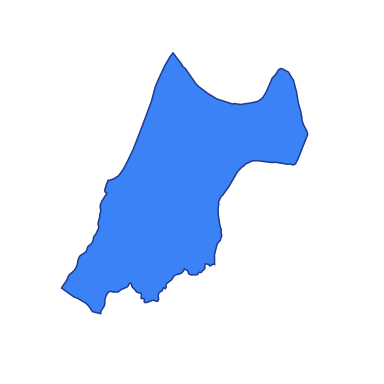 Pochuta, Chimaltenango, Guatemala, rotated 21°
{"feature_id": "79465075B89019096689616", "entity_name": "Pochuta", "entity_type": "district", "adm_level": 2, "iso_a3": "GTM", "parent_name": "Guatemala", "parent_adm1": "Chimaltenango", "projection": "equal_earth", "projection_center": [-91.081, 14.532], "detail": "fine", "context": "isolated", "style": "filled", "palette": "blue", "viewbox_px": 384, "rotation_deg": 21, "n_neighbors": 0, "source": "geoboundaries", "source_scale": "gbopen_adm2", "svg_char_len": 3904}
<svg xmlns="http://www.w3.org/2000/svg" viewBox="0 0 384 384"><g transform="rotate(21 192 192)"><path d="M279.4,96.9L277.6,94.2L272.3,89.5L268.5,85.2L268.5,84.1L264.2,77.2L259.6,71.2L253.7,61.1L246.8,51.5L239.0,45.5L232.7,44.6L230.2,45.1L228.9,47.2L227.9,52.5L226.1,56.7L225.4,72.4L224.3,78.3L223.0,80.8L220.9,83.8L216.0,87.2L205.9,92.9L199.4,94.4L198.5,95.3L181.8,96.2L171.4,94.3L160.5,91.2L156.4,89.3L141.7,79.2L138.0,78.0L136.8,76.6L124.4,68.9L123.0,73.6L121.3,84.0L120.2,100.7L120.0,107.3L121.6,121.4L121.9,149.3L121.8,173.2L120.7,186.8L119.7,195.3L117.7,203.0L114.3,207.6L110.5,210.9L109.5,211.0L109.5,212.0L109.4,214.3L109.3,215.4L109.5,217.2L109.7,219.0L109.7,220.1L109.8,221.4L110.6,222.9L111.3,223.3L112.3,223.7L113.0,223.7L113.0,224.9L112.4,226.2L112.1,227.4L111.9,228.9L111.7,230.3L111.2,232.0L111.1,233.4L111.0,235.3L111.1,236.3L111.2,237.5L111.6,238.7L112.1,239.8L113.0,241.0L113.5,242.1L113.7,243.2L113.8,244.7L114.0,245.9L114.3,247.2L114.8,248.2L115.0,251.0L115.1,251.9L115.2,252.9L115.4,254.2L115.6,255.2L116.1,256.2L117.1,257.4L117.7,258.7L117.7,260.6L117.6,261.8L117.4,263.6L117.4,264.9L117.2,266.3L116.6,267.8L116.4,269.0L116.5,270.4L116.9,271.6L116.9,273.0L116.9,274.8L116.7,276.0L116.1,277.3L115.4,278.4L114.9,279.2L114.5,280.0L114.4,281.3L114.5,282.8L114.5,283.8L114.4,285.3L113.9,286.6L113.1,287.9L112.5,288.7L111.6,289.9L110.9,290.7L110.3,291.9L110.0,293.3L109.9,294.4L110.0,295.9L110.2,297.5L110.5,298.8L110.9,300.7L110.9,302.1L110.9,303.3L110.7,304.8L110.5,306.2L110.0,307.7L109.6,308.5L109.1,309.7L108.4,310.9L107.8,311.9L107.2,312.9L106.8,314.5L106.7,315.4L106.7,316.4L106.7,318.0L106.6,319.5L106.4,320.8L106.2,321.7L105.7,323.4L105.3,325.1L105.0,326.1L104.8,327.2L104.6,328.4L119.8,332.4L122.5,332.1L132.5,333.8L136.0,335.2L142.0,339.4L150.4,338.3L149.9,336.8L149.8,335.5L150.1,333.7L150.5,332.1L150.8,330.8L150.9,329.6L150.7,327.8L150.4,326.9L150.0,325.6L149.6,324.5L149.3,323.4L149.1,321.7L149.0,320.4L149.1,319.2L149.2,318.1L149.5,316.5L149.8,315.7L150.5,314.6L151.7,313.9L153.1,313.7L154.3,313.7L155.1,313.4L156.2,312.8L157.1,312.6L158.3,312.1L159.3,311.2L160.0,310.0L160.8,308.4L161.5,307.7L162.8,306.7L164.0,305.4L164.6,304.9L165.4,304.0L166.1,302.4L166.2,300.6L166.8,299.4L168.1,299.5L168.8,300.0L169.3,300.8L169.7,301.7L170.9,302.5L172.2,303.0L172.9,303.3L174.0,303.8L174.9,304.5L175.9,305.1L176.8,305.2L178.1,305.3L179.4,304.9L180.5,304.8L181.5,305.8L181.8,306.8L182.0,307.7L182.3,309.2L183.2,309.6L184.3,309.2L185.2,308.9L186.0,309.2L186.3,310.2L186.5,311.4L187.3,312.1L188.6,311.8L189.5,311.3L190.7,310.3L191.7,309.4L192.7,308.4L193.4,307.7L194.4,307.1L195.4,306.8L196.4,306.8L197.3,306.8L198.5,306.7L199.3,305.8L199.2,303.8L198.3,302.1L197.7,301.0L197.4,299.9L197.3,298.3L197.8,297.0L198.4,296.3L199.4,295.1L199.5,293.2L199.6,291.7L200.5,291.5L201.7,291.8L202.1,290.1L201.6,289.3L201.0,288.2L201.0,287.3L201.5,285.9L202.2,284.9L202.7,284.0L203.1,283.3L203.8,282.3L204.3,281.4L204.8,279.7L204.9,278.7L205.2,277.2L206.1,275.6L207.1,274.7L208.1,274.0L209.4,273.3L210.6,272.1L211.4,271.2L211.8,270.4L212.3,268.9L212.4,267.8L212.4,266.5L213.4,266.8L214.5,266.9L215.6,266.8L216.6,267.5L217.4,268.7L218.5,269.6L219.5,269.8L220.3,269.8L222.0,269.3L223.1,268.8L224.3,268.4L225.1,268.0L226.1,267.6L227.0,266.6L227.1,265.3L227.7,264.2L228.6,264.1L229.5,263.7L229.9,262.1L230.4,261.0L231.0,260.1L231.3,258.7L231.1,257.6L230.6,256.8L230.1,255.4L230.3,254.3L231.1,254.1L232.2,253.9L233.4,253.7L234.2,254.2L235.3,254.6L236.3,253.5L237.1,252.3L238.0,251.6L239.1,251.6L235.4,242.3L234.3,232.8L234.5,229.8L235.7,227.3L235.3,221.8L233.3,218.8L233.3,217.3L230.2,213.5L224.6,203.7L222.2,197.9L221.3,193.5L220.3,192.0L220.8,185.4L221.8,183.9L224.5,173.7L227.3,156.4L229.9,150.5L231.5,148.3L231.5,147.3L237.1,141.3L243.0,139.0L256.0,135.9L258.9,134.4L271.9,131.7L273.2,130.6L276.7,130.6L278.5,128.8L279.1,123.3L279.4,96.9Z" fill="#3b82f6" stroke="#1e3a8a" stroke-width="1.5"/></g></svg>